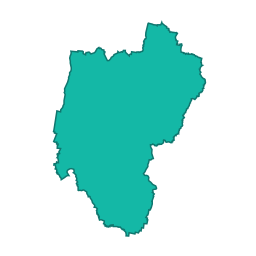 the district of Sam Chuk, Suphan Buri, Thailand, rotated 94°
{"feature_id": "78962969B87742796188893", "entity_name": "Sam Chuk", "entity_type": "district", "adm_level": 2, "iso_a3": "THA", "parent_name": "Thailand", "parent_adm1": "Suphan Buri", "projection": "orthographic", "projection_center": [100.056, 14.761], "detail": "fine", "context": "isolated", "style": "filled", "palette": "teal", "viewbox_px": 256, "rotation_deg": 94, "n_neighbors": 0, "source": "geoboundaries", "source_scale": "gbopen_adm2", "svg_char_len": 5748}
<svg xmlns="http://www.w3.org/2000/svg" viewBox="0 0 256 256"><g transform="rotate(94 128 128)"><path d="M53.4,59.3L53.0,61.5L52.8,61.4L52.4,63.4L51.9,63.7L51.4,65.2L51.6,65.5L51.3,65.5L50.6,67.1L50.3,67.1L50.2,68.5L49.9,68.4L49.7,69.0L49.6,69.8L50.0,69.8L50.2,72.4L49.9,72.3L49.4,72.9L50.2,72.9L49.9,74.7L49.6,74.8L50.3,75.7L49.6,76.0L49.7,77.6L49.0,77.5L48.6,80.3L46.3,80.8L44.4,80.7L42.7,80.4L41.8,79.9L40.4,80.4L40.8,82.1L41.9,82.1L41.5,85.3L41.1,85.2L41.0,84.5L40.4,84.4L40.2,85.1L37.9,84.4L37.4,86.1L36.6,86.1L36.3,86.5L34.5,87.0L33.2,86.9L32.0,86.2L30.9,86.1L31.0,85.7L30.1,85.3L29.6,86.1L30.0,86.2L29.6,87.1L29.4,89.8L29.6,89.9L29.2,91.3L29.3,92.5L29.6,92.6L29.6,92.9L28.5,93.1L27.7,94.4L26.9,94.0L26.2,94.2L26.2,94.6L25.9,94.6L25.5,96.5L24.2,96.5L23.3,98.3L21.1,101.4L20.3,101.7L22.8,102.5L23.0,105.9L24.0,106.1L23.6,106.7L23.3,106.7L23.2,110.1L22.8,110.5L22.0,115.0L22.5,115.3L31.5,116.8L35.0,116.8L35.6,116.3L36.9,116.2L37.9,116.6L37.9,117.2L40.4,118.4L40.8,118.0L41.2,118.3L41.6,118.0L43.1,117.9L43.4,118.3L44.5,118.8L45.4,118.6L45.4,118.2L47.0,118.9L48.9,118.3L50.5,118.9L50.9,120.4L51.6,121.2L51.8,122.1L51.4,122.1L51.4,122.9L51.6,124.6L52.1,124.8L51.7,129.7L54.3,129.8L54.1,130.8L55.0,131.8L55.9,131.8L53.0,135.4L51.8,136.1L50.8,136.1L50.9,138.0L52.7,138.8L52.4,140.0L53.1,141.0L53.3,142.2L52.4,143.4L53.9,143.5L55.8,147.1L56.6,147.2L57.5,147.9L58.7,149.6L60.1,150.1L61.4,151.1L62.1,151.8L62.2,153.3L55.8,157.0L54.8,156.9L54.6,156.4L53.6,156.4L53.5,157.3L51.9,157.5L51.7,159.5L50.2,160.8L50.7,162.0L49.7,162.6L51.2,164.5L54.3,165.9L55.3,166.8L56.7,170.2L55.1,171.9L55.1,173.1L55.8,174.3L55.6,175.0L56.7,175.5L57.9,175.5L56.9,177.9L55.0,178.0L54.5,178.7L54.5,183.3L55.6,183.3L55.4,190.3L56.7,189.9L58.7,190.1L59.9,190.6L62.3,191.0L65.4,190.2L67.3,190.1L71.8,188.8L73.6,188.7L75.1,188.9L76.9,190.1L79.1,189.9L81.6,190.8L82.7,190.6L86.5,191.4L93.3,194.0L96.1,193.6L96.9,194.1L99.0,193.0L105.0,193.7L108.8,193.5L109.9,194.2L112.1,194.6L114.4,196.3L116.6,196.4L115.9,200.1L135.9,201.8L136.6,202.1L136.9,202.0L137.2,200.7L138.2,200.9L138.7,198.7L146.7,201.2L147.2,200.1L147.1,198.0L147.3,197.9L147.7,198.3L148.9,198.1L148.9,196.6L149.8,196.6L149.8,197.2L153.1,197.2L153.2,193.8L154.7,194.3L156.3,195.2L158.3,194.4L158.9,195.6L158.2,195.9L159.0,196.9L159.9,196.6L160.6,195.7L162.3,196.6L162.2,196.2L164.7,195.3L167.4,195.0L166.9,196.8L168.3,196.8L168.9,199.3L170.1,199.3L169.8,198.4L170.7,197.8L172.8,197.2L173.3,197.7L174.0,197.7L174.1,196.4L175.7,196.0L177.2,196.2L177.3,195.3L178.3,195.6L178.3,194.9L178.8,195.0L179.5,193.5L181.9,192.2L182.6,191.3L184.2,191.0L181.9,187.9L180.1,185.9L179.6,184.6L179.6,183.6L176.6,185.7L175.3,185.8L173.8,184.8L172.7,183.0L172.5,181.3L173.0,179.2L175.2,178.6L175.8,178.8L176.4,179.4L176.8,178.5L178.7,176.5L180.2,176.7L181.1,175.9L182.4,175.5L184.0,176.0L184.4,175.2L185.4,174.5L186.9,175.6L187.5,175.4L187.9,174.3L189.1,174.7L189.9,173.7L193.6,173.4L193.8,173.0L193.5,171.6L193.7,169.8L193.0,168.5L193.0,167.7L194.7,164.7L196.4,164.4L198.2,163.1L199.4,162.9L199.4,162.4L198.9,161.5L199.1,161.1L200.4,160.8L202.7,159.0L205.0,158.2L207.2,155.9L208.2,155.8L209.4,156.2L209.5,154.5L210.7,153.0L212.4,153.6L212.4,153.3L215.0,153.2L215.0,152.7L216.1,152.8L216.3,151.7L217.5,151.7L217.6,151.1L218.7,150.8L218.7,150.5L219.1,150.5L219.2,151.0L221.8,150.0L221.3,148.5L222.4,145.2L223.6,145.1L225.2,145.7L225.9,144.1L226.4,144.4L226.6,143.8L227.5,143.8L227.1,142.4L227.9,142.4L228.1,140.4L227.2,140.2L227.1,139.5L227.4,139.2L226.3,139.0L226.1,138.3L227.0,138.1L227.0,137.4L225.9,137.4L225.6,136.1L227.3,135.8L227.1,132.7L227.2,131.2L227.5,131.1L227.6,130.0L227.3,128.9L229.7,126.6L229.2,126.1L229.6,124.7L230.3,125.0L231.9,123.1L232.6,122.8L234.7,122.3L235.7,122.4L235.7,119.8L232.4,119.6L233.2,113.7L231.5,113.4L231.9,110.3L229.5,109.2L229.8,107.8L226.5,107.4L226.7,105.6L222.3,105.4L222.2,102.5L218.3,101.9L218.2,102.6L216.5,102.4L216.0,103.9L213.4,102.6L213.4,102.2L212.0,101.8L208.2,101.5L208.4,100.4L206.9,99.9L207.0,99.7L205.6,99.2L202.1,98.5L199.4,98.7L199.4,99.0L194.4,97.6L194.1,98.0L193.3,98.0L192.0,97.2L190.6,99.1L190.2,98.5L188.5,99.1L187.9,98.8L187.4,97.8L187.0,95.8L186.1,95.3L183.9,96.3L182.6,99.4L180.6,101.4L179.2,103.5L178.3,103.9L175.9,103.8L174.6,104.6L174.0,106.0L174.1,108.1L172.5,109.4L170.4,108.0L168.2,107.2L165.1,105.5L163.0,105.7L161.4,105.1L158.2,104.6L158.3,103.0L157.3,102.1L156.7,100.6L151.6,102.6L147.7,102.6L145.4,104.1L143.1,104.4L143.1,103.1L142.2,102.1L142.8,101.4L142.9,100.3L143.7,100.1L143.9,98.1L143.5,97.7L142.8,97.8L142.2,97.1L142.4,96.5L142.0,96.3L141.8,95.7L142.2,95.1L141.9,94.8L141.9,93.5L140.3,91.7L139.2,91.5L137.8,91.8L137.4,91.4L137.9,90.0L139.1,89.5L139.5,88.9L138.9,86.2L139.7,84.2L139.5,83.2L138.4,83.3L138.4,82.5L137.7,82.5L136.8,81.1L136.4,81.3L136.3,81.9L134.7,81.3L134.0,82.0L132.1,80.3L132.2,79.5L131.3,79.6L130.5,78.0L130.1,77.8L130.2,77.1L129.2,77.3L128.6,77.0L128.1,77.2L126.6,76.6L125.6,76.7L124.6,75.3L123.2,75.2L122.6,74.3L121.7,73.7L119.3,74.3L118.8,73.9L118.1,74.3L117.0,73.8L116.5,74.6L115.5,74.2L115.0,73.5L114.1,73.3L114.0,72.7L113.6,72.5L112.3,73.8L111.5,74.2L110.8,73.1L109.4,72.9L108.6,71.6L107.7,71.7L106.6,71.1L104.9,70.9L104.4,69.7L103.6,69.7L101.4,68.5L99.1,68.1L98.6,67.5L97.8,67.6L95.9,66.6L94.5,66.9L94.1,65.8L94.4,65.2L94.3,64.4L94.9,63.3L92.8,61.7L91.3,61.4L91.3,60.8L91.7,60.2L91.2,59.3L90.0,59.6L89.4,59.3L88.5,59.7L87.8,58.7L87.5,57.6L86.6,57.5L86.6,56.6L85.1,56.0L83.6,56.4L83.2,55.2L82.3,55.6L80.8,55.2L80.0,55.7L79.4,54.6L78.3,54.7L78.0,54.1L77.5,53.9L76.3,54.1L75.6,54.5L75.2,54.3L74.4,54.5L73.7,55.1L73.7,55.9L71.9,58.1L70.2,59.1L69.4,60.0L68.1,59.8L67.3,59.2L66.3,60.1L64.5,60.8L64.5,60.3L62.7,60.1L61.3,59.2L60.3,58.0L60.1,59.0L57.6,59.4L57.5,59.9L53.4,59.3Z" fill="#14b8a6" stroke="#0f766e" stroke-width="1.5"/></g></svg>